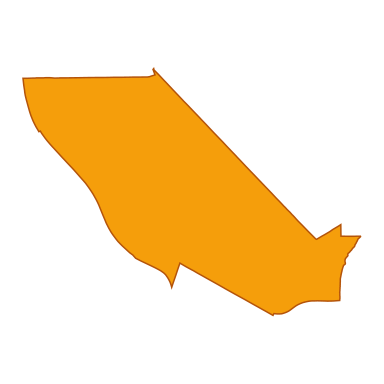 Vincent, Western Australia, Australia
{"feature_id": "25037944B82328591625586", "entity_name": "Vincent", "entity_type": "district", "adm_level": 2, "iso_a3": "AUS", "parent_name": "Australia", "parent_adm1": "Western Australia", "projection": "natural_earth1", "projection_center": [115.863, -31.931], "detail": "fine", "context": "isolated", "style": "filled", "palette": "amber", "viewbox_px": 384, "rotation_deg": 0, "n_neighbors": 0, "source": "geoboundaries", "source_scale": "gbopen_adm2", "svg_char_len": 4518}
<svg xmlns="http://www.w3.org/2000/svg" viewBox="0 0 384 384"><path d="M325.4,234.2L323.3,235.4L322.5,235.8L316.6,239.3L315.8,239.0L311.4,234.6L308.2,231.4L302.4,225.4L298.6,221.6L298.3,221.3L295.9,218.7L295.3,218.0L294.4,217.0L292.7,215.2L292.2,214.8L290.1,212.4L287.5,209.9L286.6,209.0L286.4,208.7L284.8,207.0L284.2,206.5L280.4,202.4L276.1,198.0L271.9,193.5L264.4,185.7L258.0,179.0L255.9,176.8L250.2,170.9L245.6,166.1L241.0,161.2L236.6,156.6L236.3,156.2L235.6,155.5L230.9,150.6L226.6,146.1L222.7,141.9L217.0,136.0L214.0,132.9L213.9,132.8L207.5,126.0L206.4,124.8L201.0,119.2L200.5,118.6L198.0,116.0L193.0,110.8L186.6,104.1L185.3,102.8L183.3,100.8L182.9,100.3L173.8,90.7L173.6,90.5L173.3,90.2L165.5,81.9L165.1,81.5L164.7,81.1L158.9,74.9L154.0,69.9L153.7,68.6L153.0,69.4L155.0,74.9L150.6,76.3L149.5,76.7L147.4,77.0L144.3,77.0L138.5,77.1L132.9,77.1L128.5,77.2L127.0,77.2L126.8,77.2L121.4,77.3L115.8,77.3L113.5,77.3L109.5,77.4L103.3,77.5L98.4,77.5L96.5,77.5L85.7,77.6L80.8,77.7L65.4,77.9L59.6,77.9L59.2,78.0L58.2,78.0L54.7,78.1L52.5,77.9L51.4,77.8L51.1,77.8L50.6,77.8L50.3,77.7L47.4,77.7L45.6,77.7L44.3,77.8L43.8,77.9L43.5,77.9L36.3,77.9L34.9,78.1L32.7,78.1L26.9,78.3L23.0,78.3L23.7,84.7L23.8,85.4L24.3,88.7L24.6,90.6L24.7,92.0L25.0,93.8L25.3,95.5L25.7,97.2L26.1,98.8L26.4,100.0L26.8,101.4L27.2,102.9L28.4,107.3L29.0,109.4L29.5,111.2L30.1,113.1L31.0,115.8L32.2,118.8L33.2,121.2L34.7,124.3L36.0,126.8L37.2,128.8L38.5,131.0L38.9,131.7L40.3,131.1L41.7,133.4L45.3,138.4L46.8,140.3L47.2,140.8L49.9,144.0L52.7,147.1L56.3,151.0L62.8,158.1L63.4,158.7L67.3,162.9L73.6,169.6L85.5,183.1L88.5,187.2L91.3,191.3L93.2,194.3L94.1,195.9L95.9,199.1L97.4,202.0L98.8,205.0L101.5,211.7L102.9,215.1L104.8,219.6L106.1,222.8L106.3,223.2L106.9,224.5L107.1,224.8L107.3,225.2L108.7,228.0L111.1,232.2L112.8,234.7L116.3,239.4L118.0,241.5L120.2,243.8L122.4,246.0L129.9,252.9L132.7,254.9L135.6,258.2L136.9,258.9L141.0,261.0L147.1,263.9L150.7,265.6L155.4,267.9L157.9,269.2L160.6,270.7L163.6,272.8L165.6,274.7L167.7,277.7L169.1,280.2L170.2,282.5L171.0,284.8L171.7,287.3L173.1,283.1L175.8,275.3L177.7,269.5L179.9,263.1L183.6,265.3L186.0,266.7L192.6,270.3L192.9,270.4L196.8,272.7L199.1,274.0L202.0,275.6L205.9,277.8L216.1,283.5L219.3,285.3L224.4,288.2L224.5,288.3L229.7,291.2L234.9,294.1L240.2,297.0L245.1,299.7L251.8,303.5L254.1,304.8L257.9,306.9L261.8,309.1L265.6,311.2L273.0,315.4L273.9,313.6L275.8,313.8L277.0,313.9L278.3,313.9L279.7,313.9L281.5,313.8L282.8,313.5L284.0,313.1L285.2,312.7L286.9,312.0L288.3,311.3L289.6,310.5L291.1,309.4L294.3,307.0L296.0,305.8L297.9,304.7L300.5,303.5L302.9,302.6L305.2,302.0L306.9,301.6L309.7,301.1L312.3,300.9L314.8,300.9L317.5,300.8L321.4,300.9L325.0,301.0L327.6,301.1L333.0,301.0L339.7,300.5L339.8,299.2L339.8,298.9L339.9,298.6L339.9,298.2L339.9,297.3L339.9,297.0L339.9,296.7L339.9,296.1L339.8,295.8L339.8,294.2L339.8,293.6L339.8,293.3L339.8,293.0L339.7,292.6L339.7,292.3L339.8,292.1L339.8,291.6L339.8,291.3L339.8,291.0L339.9,290.8L339.9,290.5L339.9,289.8L339.9,289.5L340.0,288.7L340.0,288.4L340.0,288.2L340.0,287.9L340.0,287.6L340.0,287.3L340.1,287.0L340.2,285.8L340.1,285.6L340.1,285.0L340.2,284.7L340.2,284.4L340.2,284.2L340.2,283.6L340.2,283.3L340.2,282.8L340.2,282.4L340.3,282.1L340.3,280.5L340.3,278.8L340.4,278.4L340.8,276.3L340.9,275.8L341.0,275.5L341.0,274.9L341.1,274.7L341.1,274.4L341.3,273.9L341.4,273.3L341.4,273.1L341.5,272.8L341.9,271.2L342.2,269.6L342.4,269.1L342.8,267.5L342.9,267.3L343.2,266.6L343.3,266.1L343.4,265.8L343.5,265.6L343.7,265.4L343.8,265.2L344.2,264.8L344.5,264.7L344.9,264.4L345.1,264.2L345.3,263.8L345.3,263.5L345.4,263.2L345.3,262.7L345.1,262.1L345.0,261.3L345.0,260.9L345.0,260.6L345.1,259.7L345.2,259.4L345.2,259.2L345.3,259.0L345.4,258.7L345.6,258.5L346.3,257.5L346.5,257.3L346.6,257.1L347.2,256.6L347.4,256.4L347.8,255.8L347.9,255.5L347.9,255.2L347.8,254.7L347.8,254.2L348.0,253.6L348.1,253.4L349.3,252.5L349.9,251.8L350.0,251.6L350.2,251.4L350.4,251.2L350.5,251.0L350.7,250.8L350.9,250.6L351.1,250.5L351.7,249.8L351.8,249.6L351.9,249.4L352.1,249.2L352.4,248.7L352.5,248.4L352.9,248.1L353.4,247.7L354.5,246.5L354.7,246.1L354.9,245.3L355.0,245.0L355.0,244.8L355.3,244.3L355.5,244.1L355.8,243.6L356.0,243.3L356.1,243.1L356.5,242.3L356.7,241.8L357.1,241.2L357.9,239.4L358.0,239.1L358.4,238.6L358.6,238.5L358.8,238.3L359.1,238.1L360.7,236.5L360.8,236.3L361.0,236.2L357.0,236.2L354.2,236.3L349.0,236.3L341.0,236.2L340.9,232.8L340.9,232.1L340.8,224.6L340.5,224.8L338.5,226.1L332.6,229.6L329.8,231.6L326.9,233.3L325.4,234.2Z" fill="#f59e0b" stroke="#b45309" stroke-width="1.5"/></svg>